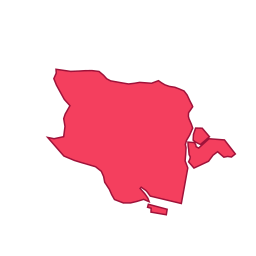 Gwangyang-si, South Jeolla, South Korea, rotated 318°
{"feature_id": "91817680B99071511370380", "entity_name": "Gwangyang-si", "entity_type": "district", "adm_level": 2, "iso_a3": "KOR", "parent_name": "South Korea", "parent_adm1": "South Jeolla", "projection": "mercator", "projection_center": [127.68, 35.032], "detail": "fine", "context": "isolated", "style": "filled", "palette": "rose", "viewbox_px": 256, "rotation_deg": 318, "n_neighbors": 0, "source": "geoboundaries", "source_scale": "gbopen_adm2", "svg_char_len": 1457}
<svg xmlns="http://www.w3.org/2000/svg" viewBox="0 0 256 256"><g transform="rotate(318 128 128)"><path d="M62.0,81.3L61.6,105.9L66.5,116.3L70.1,122.3L78.0,135.1L79.2,142.3L77.4,147.8L74.4,152.7L73.1,161.1L71.3,166.6L70.1,172.1L74.4,180.6L79.8,185.4L85.3,188.4L91.9,191.5L94.4,196.9L95.8,193.5L96.5,188.0L96.5,181.0L98.2,180.8L99.5,186.3L99.5,188.5L99.0,193.5L117.1,219.8L145.7,197.7L148.4,190.7L152.9,186.5L155.4,184.0L157.9,181.5L159.6,178.6L163.3,176.3L168.8,174.6L176.0,171.4L177.7,167.4L179.5,161.9L180.7,159.7L183.2,157.2L190.3,155.5L190.9,153.9L192.1,149.3L194.0,143.1L194.4,138.0L192.1,133.0L190.1,129.1L186.6,124.8L184.3,120.6L183.1,116.7L182.3,113.2L175.4,110.5L167.2,101.9L162.9,99.2L157.9,95.7L153.6,90.3L146.6,81.3L145.1,77.1L145.1,72.4L144.3,66.6L139.6,61.2L134.2,56.5L130.3,53.4L123.3,47.6L113.8,36.2L111.4,39.2L105.9,41.7L103.5,48.3L99.8,64.1L99.8,72.6L90.7,75.6L86.5,78.0L82.2,84.7L74.4,91.4L65.9,86.5L62.0,81.3ZM166.1,187.5L167.1,185.8L167.6,183.3L163.1,178.6L160.4,182.0L158.6,184.8L157.6,186.0L155.6,188.7L154.9,191.2L153.2,192.5L150.4,193.7L150.2,201.9L165.6,206.6L173.0,205.1L178.7,205.6L179.7,213.8L183.0,215.8L185.5,218.8L190.4,219.1L191.7,201.4L181.0,190.2L170.3,190.2L167.1,190.2L166.1,187.5ZM183.0,177.8L178.2,173.3L172.3,176.6L168.3,180.6L168.6,183.3L170.8,188.7L182.7,189.0L183.0,177.8ZM98.4,218.1L102.7,214.6L92.1,198.3L89.5,200.0L91.5,203.1L88.8,205.9L98.4,218.1Z" fill="#f43f5e" stroke="#9f1239" stroke-width="1.5"/></g></svg>